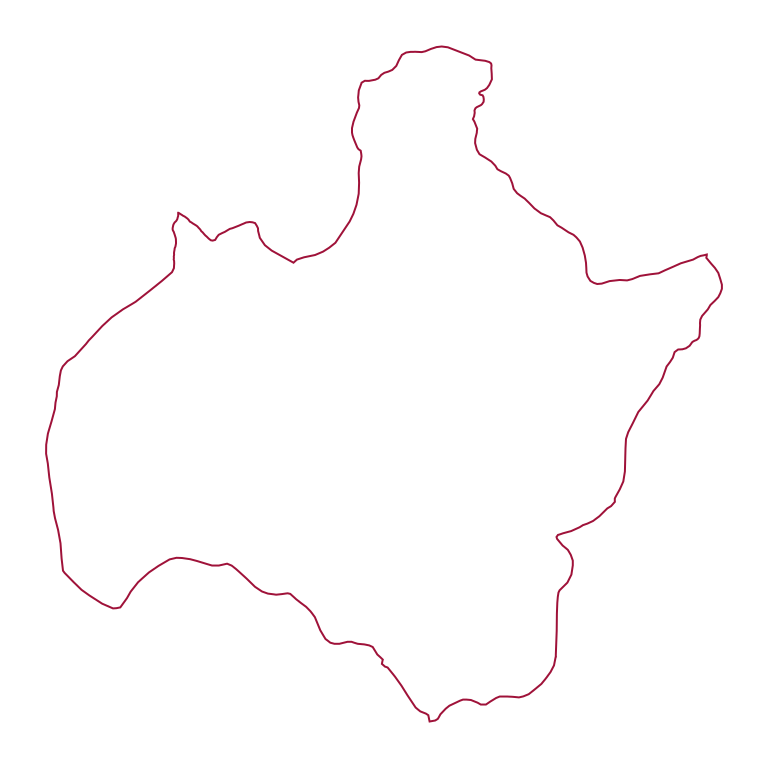 Kota Tomohon, Sulawesi Utara, Indonesia (orthographic projection)
{"feature_id": "22746128B12552284418793", "entity_name": "Kota Tomohon", "entity_type": "district", "adm_level": 2, "iso_a3": "IDN", "parent_name": "Indonesia", "parent_adm1": "Sulawesi Utara", "projection": "orthographic", "projection_center": [124.821, 1.329], "detail": "fine", "context": "isolated", "style": "outline", "palette": "rose", "viewbox_px": 768, "rotation_deg": 0, "n_neighbors": 0, "source": "geoboundaries", "source_scale": "gbopen_adm2", "svg_char_len": 5922}
<svg xmlns="http://www.w3.org/2000/svg" viewBox="0 0 768 768"><path d="M447.9,47.3L441.7,46.5L436.5,47.1L433.5,48.1L431.0,48.9L425.3,51.3L421.7,52.1L419.6,52.0L415.5,51.8L410.4,51.9L406.2,52.5L401.9,54.9L398.9,60.2L396.3,65.9L394.4,67.8L392.3,69.9L388.4,71.6L384.4,72.8L381.2,74.9L378.4,78.3L375.3,79.7L368.9,80.9L364.8,80.8L361.6,82.7L361.6,82.8L358.8,90.4L358.4,94.8L358.1,97.4L358.5,101.8L359.3,105.3L359.0,108.0L356.9,112.6L353.5,121.7L352.0,128.1L352.0,132.6L352.5,135.2L353.3,137.6L354.2,140.0L355.3,142.7L357.3,147.5L358.5,149.2L360.7,150.7L361.1,153.0L361.3,154.3L361.5,156.3L361.1,159.3L360.9,160.1L359.2,166.6L358.7,173.1L359.1,182.7L358.9,188.3L358.7,193.8L356.5,204.8L353.4,213.8L349.6,221.6L349.4,221.9L349.3,222.0L335.4,242.8L329.2,247.7L323.1,251.6L315.1,255.0L304.0,257.3L296.9,259.6L293.5,262.7L271.7,250.6L264.9,245.2L259.8,237.8L259.4,236.0L258.1,231.0L258.0,228.3L256.9,226.0L255.1,223.1L252.5,222.3L249.7,222.0L246.1,222.5L243.9,223.5L241.7,224.4L239.0,225.6L232.4,228.2L229.8,228.9L227.6,230.2L224.8,231.9L222.3,233.0L218.7,234.8L216.8,237.2L215.2,239.9L212.7,240.6L210.9,240.3L209.8,239.5L208.6,238.5L206.6,236.5L205.4,235.5L204.2,234.2L202.6,232.3L201.3,231.2L200.3,229.6L199.4,228.6L198.5,227.7L197.5,226.5L196.5,225.7L194.9,224.7L192.6,223.3L191.4,222.4L190.0,221.7L189.0,220.4L188.5,219.6L187.1,218.3L186.5,217.9L185.6,217.2L184.6,216.5L182.8,215.6L182.0,215.0L181.3,214.6L180.4,214.0L178.5,212.8L178.4,212.8L178.2,212.8L178.2,214.1L178.2,215.0L178.2,215.9L177.9,216.8L177.6,217.8L177.4,218.7L177.2,219.4L176.1,221.1L174.6,222.5L173.5,224.4L173.2,225.4L172.7,227.8L172.6,229.1L172.9,230.5L173.6,231.5L174.7,234.7L175.7,238.0L175.9,239.2L176.0,242.0L176.0,243.5L175.4,246.7L174.7,248.2L174.5,249.9L174.2,251.5L174.0,253.0L174.1,254.7L173.8,256.5L173.9,258.1L173.7,259.5L174.1,260.9L174.2,263.6L174.0,266.6L173.9,268.2L172.0,272.2L161.8,281.0L149.6,290.8L135.6,301.8L131.8,304.1L123.0,309.3L111.6,317.4L102.3,326.0L92.2,336.9L88.8,340.4L85.9,344.1L80.7,349.8L74.9,356.2L67.5,361.2L62.8,366.4L60.9,370.4L59.8,376.2L58.8,385.0L56.9,391.9L56.8,396.3L55.5,402.6L54.9,409.1L51.5,421.5L48.7,430.9L47.9,433.7L46.2,444.7L46.1,453.7L47.8,463.4L49.3,477.4L51.9,493.6L53.4,507.3L53.7,511.1L55.0,518.1L58.1,530.0L60.5,543.3L61.6,558.5L63.0,570.7L64.6,572.9L73.6,582.1L81.0,589.3L81.5,589.8L89.3,595.4L102.2,603.7L113.0,608.4L116.3,608.2L120.3,607.4L127.0,598.1L130.7,591.6L138.1,582.2L141.5,579.1L149.0,572.4L158.5,565.9L169.6,559.4L176.5,557.8L182.0,558.0L190.2,559.2L197.0,561.0L206.2,563.8L211.9,565.5L219.0,565.5L227.1,563.7L231.7,565.6L236.1,569.1L238.8,571.5L246.6,578.6L255.0,586.8L262.0,591.5L267.9,593.6L273.5,594.3L276.1,594.7L281.8,594.1L286.0,593.5L287.7,593.3L290.3,593.9L291.4,594.9L294.4,597.6L296.1,599.2L300.7,602.8L306.2,606.9L310.4,611.2L312.2,613.5L314.9,617.2L320.3,630.3L323.8,636.2L325.5,639.0L327.9,640.8L330.3,642.7L334.4,643.8L339.2,643.8L339.4,643.8L347.5,641.8L351.5,641.8L354.1,642.7L357.7,643.8L364.3,644.4L369.2,645.4L372.7,647.0L377.3,654.5L380.3,657.2L382.8,659.6L382.4,661.2L381.9,663.9L384.0,665.7L384.8,666.5L385.0,666.6L385.9,666.9L387.6,667.5L393.6,674.9L395.1,676.8L401.4,685.6L407.6,695.5L415.6,707.5L417.6,709.2L420.3,711.4L425.9,713.6L428.3,715.2L429.5,721.1L429.6,721.5L435.2,720.5L437.8,718.9L438.9,717.1L440.4,714.3L445.7,708.7L449.4,705.7L460.2,700.6L463.0,699.6L466.5,699.6L470.9,700.0L477.6,702.7L480.7,704.5L486.0,704.5L490.4,701.5L496.1,698.0L499.8,696.5L506.5,696.5L512.7,696.8L519.0,697.4L523.3,696.4L528.7,694.2L534.5,689.6L541.4,683.9L542.6,682.4L545.1,679.4L546.0,678.2L546.5,677.6L548.3,675.1L550.5,672.1L554.0,665.4L555.7,656.8L555.9,656.7L555.8,655.3L556.7,631.0L556.9,613.5L557.3,602.8L557.8,596.9L558.5,592.5L559.6,590.3L567.4,582.6L571.4,574.6L572.8,565.4L572.8,560.6L570.8,554.9L568.9,551.6L567.8,549.8L562.6,545.5L557.1,538.9L556.5,537.0L558.0,534.9L559.2,534.6L563.0,533.3L568.1,531.9L571.1,531.1L579.5,527.3L581.8,525.9L582.8,525.2L587.4,523.6L593.0,521.0L599.3,516.3L607.3,508.4L611.1,506.1L614.9,501.8L614.8,501.1L614.8,499.8L614.8,498.5L615.5,497.0L619.8,489.3L623.3,481.5L624.9,471.5L625.2,460.2L625.3,455.7L625.5,448.3L626.0,438.9L628.2,432.2L632.8,423.2L638.3,412.0L647.6,400.6L651.4,394.4L653.5,390.9L653.7,390.7L659.3,384.2L662.7,377.6L666.6,366.5L670.1,361.9L672.8,357.7L674.6,352.1L678.1,349.5L682.3,349.3L685.9,348.3L689.6,345.8L691.2,343.6L692.0,342.4L692.8,341.7L694.6,340.7L696.0,340.2L697.5,339.3L698.7,338.0L699.4,336.3L699.7,333.7L699.9,328.9L700.1,325.1L700.0,323.2L700.3,319.6L702.1,315.9L707.8,309.4L710.4,305.0L714.7,300.9L718.3,297.1L720.3,293.2L721.9,288.8L721.9,284.7L720.3,279.1L718.3,272.9L714.9,267.9L711.1,263.6L707.4,259.1L706.3,257.8L706.8,255.2L706.8,254.5L703.8,255.3L700.6,255.9L697.7,257.1L693.1,259.6L680.8,263.3L672.1,267.2L665.0,270.3L658.6,273.3L650.2,274.3L640.0,275.9L632.2,279.1L627.1,280.4L620.1,280.0L619.4,280.0L609.6,281.1L601.8,283.6L597.2,284.0L593.9,282.9L590.4,280.9L587.6,276.5L586.5,272.7L586.3,267.9L586.0,262.8L584.8,255.5L582.6,247.6L579.9,241.5L577.1,238.2L576.2,237.2L573.5,234.8L568.5,232.3L561.6,227.7L557.4,225.3L553.4,220.4L550.1,217.2L547.8,216.2L546.1,215.5L542.7,214.0L541.0,213.3L534.5,208.5L534.0,208.0L529.0,202.8L526.5,200.4L524.7,198.6L520.4,195.7L517.1,193.2L513.7,188.9L512.8,185.5L512.4,184.0L512.3,183.5L510.1,178.0L508.8,175.7L508.7,175.6L505.8,173.5L500.9,171.2L497.4,169.2L495.3,165.7L493.6,163.9L491.3,161.5L484.8,157.3L482.0,155.7L479.5,154.2L476.9,149.8L475.1,143.1L475.3,138.9L476.1,135.6L476.8,132.8L476.9,131.1L477.2,128.7L474.4,121.6L472.9,119.1L474.1,116.3L474.4,114.5L474.7,112.9L474.5,110.4L475.4,108.3L476.7,107.2L480.8,105.2L482.0,104.2L483.6,101.8L483.8,99.3L483.4,96.8L482.9,95.9L482.6,95.3L480.2,94.7L479.2,93.4L479.4,92.4L480.8,91.4L484.8,89.8L487.0,88.1L489.3,84.9L491.1,81.0L491.9,79.3L491.7,73.6L491.3,68.2L491.5,65.3L491.2,63.9L491.1,63.5L489.4,62.1L485.2,60.8L475.5,59.6L469.1,55.5L447.9,47.3Z" fill="none" stroke="#9f1239" stroke-width="2"/></svg>